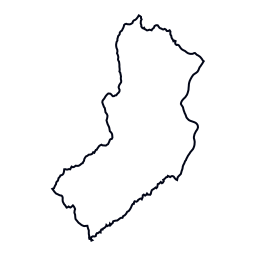 the district of Brasília de Minas, Minas Gerais, Brazil
{"feature_id": "56859067B44310993838483", "entity_name": "Brasília de Minas", "entity_type": "district", "adm_level": 2, "iso_a3": "BRA", "parent_name": "Brazil", "parent_adm1": "Minas Gerais", "projection": "equal_earth", "projection_center": [-44.453, -16.238], "detail": "fine", "context": "isolated", "style": "outline", "palette": "ink", "viewbox_px": 256, "rotation_deg": 0, "n_neighbors": 0, "source": "geoboundaries", "source_scale": "gbopen_adm2", "svg_char_len": 5649}
<svg xmlns="http://www.w3.org/2000/svg" viewBox="0 0 256 256"><path d="M90.9,239.1L91.2,237.2L92.9,236.3L94.5,236.5L95.7,236.1L96.2,234.2L97.0,233.1L98.0,233.1L99.3,232.1L100.6,232.5L100.7,230.5L101.5,229.4L102.6,229.6L103.1,228.5L104.2,228.0L105.2,227.2L106.1,226.2L106.4,225.0L107.4,226.0L108.4,225.4L109.7,225.6L110.0,223.8L110.8,224.8L111.7,223.8L112.7,223.0L113.2,221.3L114.4,220.9L115.9,220.6L117.3,220.5L118.6,219.5L119.8,218.5L121.1,217.8L122.5,217.8L123.2,216.1L124.6,215.4L125.7,214.3L126.4,213.3L127.2,211.8L128.6,211.1L129.6,209.9L130.6,208.3L131.3,206.8L132.0,205.1L132.8,204.0L133.9,203.8L133.9,202.5L134.6,201.3L136.5,201.7L137.6,201.0L138.2,199.9L139.0,199.4L139.9,198.8L141.0,198.5L141.8,199.3L142.6,197.4L142.8,195.3L143.8,194.6L145.1,195.6L146.2,194.8L147.0,193.5L148.0,194.7L149.1,194.6L150.1,194.8L150.8,193.9L151.2,191.9L151.8,190.2L152.8,189.5L154.5,188.4L155.6,187.5L156.4,188.1L157.2,187.2L157.5,185.8L157.8,184.1L159.2,183.6L160.0,182.8L160.8,182.0L161.9,183.2L162.9,182.6L163.8,181.0L163.2,179.8L164.1,179.3L165.1,178.4L166.2,177.2L167.4,177.0L167.8,175.9L169.0,176.4L170.2,177.1L171.4,176.2L172.7,176.1L173.8,176.7L174.7,178.1L175.9,179.4L177.1,180.0L177.4,178.5L177.7,177.3L178.6,176.2L179.8,175.0L180.8,174.0L181.3,172.3L181.7,170.8L182.3,169.3L182.6,168.0L182.8,166.5L183.4,164.9L184.2,163.5L184.6,162.4L185.1,161.1L185.9,160.2L186.4,158.8L187.3,157.1L187.9,155.9L188.8,154.6L189.7,153.3L190.5,152.0L191.3,151.1L192.1,150.1L192.9,149.2L193.6,147.8L194.2,146.1L194.5,144.7L194.6,143.1L194.7,141.9L194.4,140.0L193.9,138.2L193.9,136.9L194.2,135.6L194.5,134.2L195.2,132.8L196.0,131.2L196.8,130.1L197.5,128.9L198.0,127.2L197.7,125.3L196.9,124.0L196.0,123.1L194.6,122.3L193.2,121.8L191.5,121.2L190.6,120.9L189.7,120.5L188.8,120.0L187.7,118.9L186.5,117.5L186.0,116.0L185.4,114.4L184.7,113.1L184.3,111.9L183.8,110.6L183.4,109.2L183.0,107.4L182.4,106.3L181.7,105.4L180.9,103.9L181.2,102.3L182.0,100.7L182.9,99.6L183.8,98.6L184.7,97.8L185.6,96.8L186.3,95.7L187.0,94.7L187.6,93.1L188.1,91.4L188.5,89.8L188.6,88.0L188.8,85.9L188.9,84.2L189.2,82.7L189.7,81.0L190.7,78.9L191.7,77.1L192.5,75.9L193.4,74.7L194.8,73.7L196.2,72.8L197.6,71.6L198.5,70.0L199.1,68.5L199.6,67.3L200.5,66.2L201.2,65.1L202.2,63.7L202.9,62.5L203.7,61.2L202.8,60.5L202.2,59.4L201.3,58.2L200.1,56.8L198.8,55.9L197.9,55.3L196.8,54.8L195.8,53.8L194.9,53.0L193.9,53.2L192.7,53.8L191.5,53.9L190.5,53.9L189.5,53.7L188.0,53.2L186.6,52.3L185.3,51.2L184.5,50.7L183.5,50.3L182.5,49.7L181.7,49.2L180.7,48.1L179.7,46.6L178.9,45.4L177.8,44.8L176.6,45.0L175.6,44.3L175.1,42.9L175.6,41.1L174.4,40.6L173.4,41.2L172.8,39.6L172.0,38.6L171.5,37.4L171.2,35.6L170.4,34.6L170.3,32.9L170.4,31.5L169.6,30.3L168.1,31.1L166.7,30.9L166.0,29.7L164.7,28.9L163.2,29.5L162.3,29.2L161.4,28.6L160.3,28.3L159.4,27.7L158.7,26.7L157.7,25.3L156.2,25.2L154.6,26.0L153.8,27.9L152.4,29.0L151.6,30.3L150.6,30.0L149.4,29.7L148.1,30.2L147.0,30.4L146.1,29.8L144.9,29.2L144.1,27.8L143.3,28.5L142.1,27.7L141.3,26.5L141.3,25.0L140.7,23.3L140.8,22.0L140.9,20.7L141.6,19.4L141.0,18.2L141.0,16.9L140.0,16.1L138.8,15.4L137.9,16.9L137.1,18.0L136.3,19.0L135.2,19.9L134.2,20.2L133.0,21.3L132.5,22.9L131.4,23.7L130.0,24.3L128.7,24.3L127.3,24.2L126.2,23.8L125.0,24.2L124.1,25.0L123.8,26.4L123.3,27.8L122.7,28.9L121.9,30.6L120.6,31.5L119.8,32.6L119.7,34.1L119.1,35.1L118.2,36.0L117.8,37.6L117.4,38.9L117.4,40.6L116.6,41.9L116.3,43.4L116.1,44.8L116.2,46.3L116.5,47.9L117.3,49.8L117.4,51.8L117.0,53.2L117.7,54.7L118.2,56.3L118.3,57.7L118.0,59.2L118.3,60.5L119.0,61.6L119.2,62.9L119.4,64.7L119.4,66.7L119.6,68.5L119.7,70.0L119.4,71.5L120.2,72.6L120.7,75.0L121.0,76.6L120.8,78.0L120.9,79.4L121.2,80.9L121.1,82.2L120.3,83.5L119.4,84.8L119.0,85.9L118.6,87.1L118.9,88.3L119.6,89.9L119.4,91.5L118.5,92.8L117.5,93.6L116.9,94.5L116.2,95.3L115.1,95.4L114.1,96.1L112.8,96.2L112.1,95.5L111.3,94.5L110.4,93.7L109.4,93.6L108.3,93.5L107.3,94.3L106.2,95.5L105.2,96.9L104.6,98.0L104.0,98.9L103.3,99.7L102.6,100.7L102.3,102.2L102.8,103.9L103.4,105.4L103.9,106.8L104.8,108.1L105.2,110.3L105.5,112.3L106.2,113.2L107.0,114.3L107.5,115.8L107.3,117.4L107.0,118.9L106.5,120.2L106.9,121.8L107.3,123.1L107.7,124.3L108.4,125.7L109.1,127.2L109.4,128.5L109.6,129.8L109.9,131.3L110.9,132.2L111.5,133.0L112.1,134.2L112.3,136.0L112.4,137.7L111.7,139.0L110.5,139.2L109.8,140.0L109.3,141.5L108.6,143.0L108.0,144.2L107.0,144.7L106.0,145.5L104.9,145.5L103.7,145.4L102.4,145.3L101.5,144.7L100.2,145.3L98.9,146.3L98.1,147.6L97.3,148.6L96.8,149.7L95.8,150.0L95.0,151.4L94.3,152.8L93.2,152.2L92.4,153.6L91.5,154.2L90.1,154.6L88.7,154.7L87.4,155.8L86.0,156.4L85.1,157.6L84.3,159.1L84.0,160.8L83.2,162.0L82.7,163.2L81.7,163.5L80.7,164.4L79.4,165.4L78.1,165.9L77.1,165.9L75.7,165.7L74.8,166.4L73.9,167.0L72.8,167.2L71.6,166.6L71.0,167.7L70.2,169.3L68.9,169.1L67.7,169.5L66.3,169.5L65.3,169.2L64.2,169.3L64.0,171.4L63.7,172.7L63.3,173.8L62.5,174.7L61.5,175.2L60.5,175.4L59.7,176.9L58.5,178.2L58.2,179.7L57.8,180.8L56.7,181.7L56.2,182.8L56.0,184.2L55.4,185.1L54.7,186.4L54.0,188.2L52.3,188.9L53.4,190.3L54.2,191.5L55.0,192.4L56.0,193.5L57.3,194.1L58.2,194.5L59.1,195.0L60.2,195.4L61.5,195.6L62.3,196.4L62.7,197.8L62.6,199.8L62.8,201.6L63.5,203.0L64.1,204.2L64.9,205.0L65.8,206.3L66.6,207.6L67.6,207.3L68.6,206.5L69.6,207.2L70.5,207.5L71.7,206.6L72.9,205.4L73.9,206.6L74.6,207.9L75.1,209.1L74.6,210.6L74.4,212.7L75.1,214.7L75.3,217.3L75.5,218.9L76.2,219.9L77.0,220.8L77.7,221.7L78.6,222.8L79.9,223.7L81.0,224.6L81.9,225.2L83.0,225.7L84.1,226.1L86.0,225.9L87.4,225.8L87.8,227.6L88.3,229.2L88.8,230.4L88.8,232.1L88.8,233.9L89.2,235.9L89.1,237.7L89.4,238.9L90.9,239.1ZM90.9,239.1L91.4,240.6L92.3,240.2L90.9,239.1Z" fill="none" stroke="#020617" stroke-width="2"/></svg>